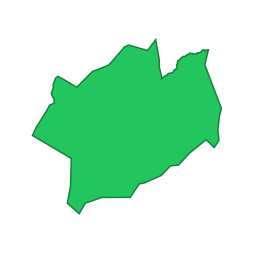 the district of Erdenesant, Töv, Mongolia, rotated 103°
{"feature_id": "93677404B9230847740032", "entity_name": "Erdenesant", "entity_type": "district", "adm_level": 2, "iso_a3": "MNG", "parent_name": "Mongolia", "parent_adm1": "Töv", "projection": "equal_earth", "projection_center": [104.186, 47.276], "detail": "fine", "context": "isolated", "style": "filled", "palette": "green", "viewbox_px": 256, "rotation_deg": 103, "n_neighbors": 0, "source": "geoboundaries", "source_scale": "gbopen_adm2", "svg_char_len": 2380}
<svg xmlns="http://www.w3.org/2000/svg" viewBox="0 0 256 256"><g transform="rotate(103 128 128)"><path d="M93.5,207.9L95.6,209.8L102.9,210.7L105.8,209.7L111.4,210.6L114.8,208.3L116.0,206.7L120.3,205.5L123.4,209.5L130.4,211.4L148.4,217.7L156.8,219.4L170.4,176.4L197.7,170.9L214.9,170.1L215.0,170.1L222.5,156.3L210.6,152.5L208.4,148.7L201.6,138.1L195.1,110.2L180.1,104.6L177.8,99.6L166.9,85.1L155.4,78.2L152.7,70.3L138.8,62.6L121.9,49.3L127.6,39.6L119.7,36.6L109.3,40.1L95.6,41.6L87.9,41.4L49.1,67.4L43.9,67.3L33.7,67.3L33.8,67.7L34.2,68.0L34.3,68.2L34.4,68.5L34.4,68.8L34.5,68.9L34.5,69.0L34.8,69.2L35.0,69.4L35.1,69.6L35.0,69.9L34.9,70.1L34.8,70.4L34.7,70.7L34.9,70.9L35.0,71.3L35.0,71.5L35.0,72.0L35.2,72.4L35.3,72.7L35.5,73.0L36.1,73.2L36.2,73.3L36.3,73.5L36.7,73.8L37.0,73.8L37.3,73.9L37.7,74.2L38.1,74.7L38.4,75.1L38.5,75.4L38.6,75.7L39.0,75.8L39.0,76.4L39.0,76.7L39.2,77.2L39.7,77.8L40.0,77.9L40.3,78.0L40.6,78.4L40.7,78.6L41.0,78.7L41.0,79.0L41.0,79.5L40.9,79.9L40.9,80.1L41.0,80.3L41.0,80.5L41.1,80.8L41.0,81.2L41.1,81.3L41.2,81.6L41.2,81.8L40.9,82.1L40.9,82.3L41.1,82.5L41.3,83.0L41.3,83.3L41.4,83.5L41.1,83.9L41.0,84.1L40.9,84.3L41.0,84.5L41.3,84.6L41.6,84.6L41.7,84.9L41.8,85.2L41.9,85.4L42.1,85.5L42.3,85.5L42.7,85.7L42.9,86.0L43.1,86.2L43.2,86.6L43.5,87.0L43.7,87.3L44.5,87.7L44.6,88.1L45.0,88.2L45.2,88.3L45.3,88.5L45.7,88.6L45.8,88.7L45.7,89.0L45.6,89.3L45.6,89.6L45.9,89.7L45.9,89.9L45.8,90.2L46.1,90.5L46.3,90.7L46.5,91.0L46.9,91.3L47.2,91.4L47.3,91.6L47.8,91.8L47.8,92.0L48.1,92.1L48.4,92.1L48.5,92.3L48.7,92.6L49.0,92.7L49.3,92.8L49.7,93.1L50.2,93.6L50.5,93.8L50.9,94.1L51.3,94.2L51.4,94.4L51.7,94.5L52.2,94.6L52.5,94.7L52.9,94.7L53.1,94.5L53.3,94.3L53.8,94.4L54.3,94.3L54.7,94.5L55.2,94.8L55.8,94.9L56.1,94.7L56.3,94.3L56.7,94.2L56.9,94.0L58.5,94.1L59.6,94.3L59.9,94.5L60.0,95.0L60.4,95.3L60.6,95.6L62.0,96.4L62.7,96.5L64.1,97.1L64.4,97.3L64.4,97.6L64.5,98.1L64.8,98.5L65.2,99.1L65.4,100.0L65.6,100.3L65.6,100.6L65.9,100.8L66.0,101.1L66.7,101.3L67.0,101.7L67.8,102.2L68.2,102.4L68.4,102.5L68.6,103.0L68.9,103.2L69.1,103.2L69.2,103.5L69.3,103.6L69.2,103.8L69.3,104.1L72.2,106.1L72.4,106.3L72.1,106.3L71.1,106.4L68.3,107.8L66.3,108.9L65.0,109.5L61.1,111.4L54.7,112.8L35.7,120.9L48.1,126.4L47.0,146.0L49.8,149.6L66.3,158.3L70.8,160.8L76.9,169.2L80.7,175.2L99.8,187.1L95.2,201.6L93.5,207.7L93.5,207.9Z" fill="#22c55e" stroke="#15803d" stroke-width="1.5"/></g></svg>